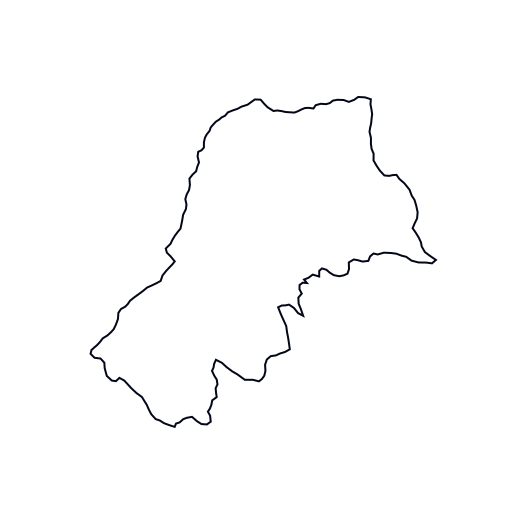 Santa Rita do Sapucaí, Minas Gerais, Brazil (Equal Earth projection), rotated 317°
{"feature_id": "56859067B96390567853890", "entity_name": "Santa Rita do Sapucaí", "entity_type": "district", "adm_level": 2, "iso_a3": "BRA", "parent_name": "Brazil", "parent_adm1": "Minas Gerais", "projection": "equal_earth", "projection_center": [-45.688, -22.24], "detail": "fine", "context": "isolated", "style": "outline", "palette": "ink", "viewbox_px": 512, "rotation_deg": 317, "n_neighbors": 0, "source": "geoboundaries", "source_scale": "gbopen_adm2", "svg_char_len": 3083}
<svg xmlns="http://www.w3.org/2000/svg" viewBox="0 0 512 512"><g transform="rotate(317 256 256)"><path d="M288.2,314.1L292.1,310.0L295.8,310.1L298.1,314.1L298.6,318.5L299.8,323.0L303.1,327.6L307.0,330.0L310.9,331.3L315.1,329.0L319.5,324.0L325.1,325.2L327.6,328.5L330.1,332.7L334.8,336.2L339.1,334.1L343.6,334.3L346.1,337.9L351.8,340.8L356.7,345.8L360.2,350.0L362.9,355.4L365.3,359.0L366.6,365.5L370.5,371.6L376.1,377.0L379.7,381.4L384.9,381.6L383.4,374.9L382.2,368.4L383.6,362.2L386.0,358.4L387.7,353.1L388.8,347.5L389.5,342.5L394.4,340.3L399.4,338.4L404.0,334.3L407.6,328.3L410.2,323.0L411.0,318.2L413.5,312.2L414.1,304.0L413.4,297.4L414.1,292.5L411.2,290.1L408.0,288.2L404.8,284.6L404.8,278.1L405.7,272.4L407.1,266.3L411.8,261.4L413.6,256.5L416.4,252.5L420.7,247.9L423.7,242.6L426.7,240.2L430.7,237.5L434.4,234.2L437.6,231.6L440.3,227.7L443.2,223.1L446.9,219.7L443.9,214.3L439.2,209.4L434.2,208.7L429.0,206.6L426.5,201.7L422.0,197.2L418.2,194.8L414.3,194.5L410.9,192.8L407.1,188.8L402.5,186.4L398.6,187.3L395.5,183.5L392.6,181.1L389.1,179.8L385.3,178.7L381.9,177.3L378.6,173.8L375.8,170.8L373.5,167.4L370.7,164.0L367.7,161.9L365.9,155.1L365.8,149.9L366.0,144.8L361.9,140.7L353.0,139.6L347.3,136.9L342.7,135.7L338.6,133.8L333.5,131.8L328.9,132.3L325.5,131.2L322.1,131.1L318.3,130.4L314.1,130.7L310.6,131.1L307.4,132.8L302.7,133.5L299.3,134.7L295.6,137.2L291.8,141.2L288.2,141.5L284.8,140.4L281.2,143.3L278.1,148.7L273.7,150.8L270.0,153.2L265.1,153.2L260.1,154.0L256.0,159.1L252.0,162.1L247.1,163.8L243.1,166.2L240.2,171.0L236.7,173.9L230.9,176.1L226.6,179.4L223.0,182.0L219.4,184.5L215.2,185.0L210.3,185.9L205.5,187.3L201.8,188.8L195.1,189.0L193.1,192.8L193.3,197.9L192.9,204.5L189.2,205.1L184.9,205.3L180.3,205.6L174.3,206.5L169.3,209.2L164.6,208.0L159.8,206.5L154.8,204.8L149.4,204.5L144.2,203.9L138.7,203.2L133.3,202.8L129.5,203.7L126.0,203.9L121.1,202.7L116.6,203.7L112.0,208.0L106.4,210.8L101.9,212.5L98.6,212.8L93.2,212.8L87.8,211.7L83.1,212.5L78.8,212.8L75.4,212.6L71.5,212.6L68.3,214.7L68.5,220.3L72.4,225.0L72.3,230.6L68.8,234.9L65.1,241.9L65.6,248.8L68.2,252.0L73.0,252.0L74.7,257.2L74.7,262.0L74.6,267.1L75.1,274.7L76.4,281.3L75.5,285.8L74.6,290.4L73.0,294.9L71.5,300.3L71.4,306.9L73.5,310.8L74.7,315.5L77.3,320.7L80.0,325.5L83.2,324.0L86.6,325.6L91.4,325.7L95.0,327.1L99.5,330.0L100.2,336.7L101.5,341.7L105.2,345.7L109.9,346.3L113.5,341.5L114.7,337.0L118.1,336.2L121.7,334.5L125.6,331.7L131.0,332.4L133.8,328.4L136.3,325.2L140.3,323.6L143.0,319.6L143.9,314.9L145.5,310.0L148.9,308.6L151.9,306.3L155.9,304.6L158.2,310.8L158.7,317.2L159.9,324.0L161.7,330.0L163.4,338.9L169.3,344.4L172.7,349.7L176.5,350.0L180.4,349.2L184.5,346.5L188.5,341.7L193.3,339.1L198.5,339.3L202.8,342.3L207.1,343.7L211.8,346.0L217.1,347.3L220.6,342.3L223.8,337.6L226.8,332.8L230.3,327.9L232.6,321.1L234.5,315.5L237.2,308.6L241.1,309.8L244.0,312.3L247.0,314.1L248.3,319.9L247.8,326.4L249.7,331.9L252.4,325.9L254.7,319.9L258.6,315.3L263.8,314.7L265.1,310.0L268.1,306.9L272.0,307.4L274.8,310.5L275.1,306.0L279.4,307.7L284.8,308.3L288.2,314.1Z" fill="none" stroke="#020617" stroke-width="2"/></g></svg>